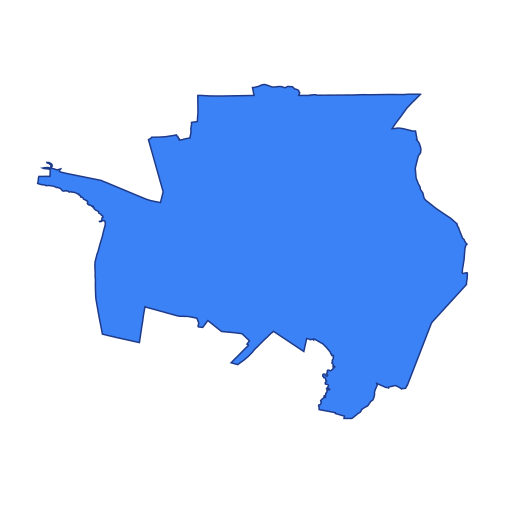 Varvoru De Jos, Dolj, Romania (Equal Earth projection), rotated 355°
{"feature_id": "2599482B75592269034356", "entity_name": "Varvoru De Jos", "entity_type": "district", "adm_level": 2, "iso_a3": "ROU", "parent_name": "Romania", "parent_adm1": "Dolj", "projection": "equal_earth", "projection_center": [23.577, 44.231], "detail": "fine", "context": "isolated", "style": "filled", "palette": "blue", "viewbox_px": 512, "rotation_deg": 355, "n_neighbors": 0, "source": "geoboundaries", "source_scale": "gbopen_adm2", "svg_char_len": 5966}
<svg xmlns="http://www.w3.org/2000/svg" viewBox="0 0 512 512"><g transform="rotate(355 256 256)"><path d="M132.3,332.1L136.0,316.6L137.3,311.6L138.7,305.3L141.0,296.8L142.5,297.6L172.6,308.8L174.9,309.4L183.2,310.3L191.6,312.8L192.2,314.5L193.1,317.6L192.9,318.6L192.1,320.8L192.5,321.6L196.7,322.5L202.4,316.1L215.1,328.2L229.2,330.8L234.9,332.1L235.4,332.3L242.1,339.9L239.3,343.0L240.7,344.1L240.7,344.4L236.6,347.7L228.1,355.0L225.8,356.8L221.9,360.2L228.3,362.6L235.3,358.4L239.6,355.3L243.6,351.9L247.5,348.0L249.1,346.9L251.2,345.0L257.8,339.5L259.7,338.1L263.6,334.8L265.0,333.8L265.3,333.8L266.8,332.5L295.3,355.3L299.3,342.6L301.3,343.3L303.1,344.2L303.9,343.9L305.1,343.9L305.5,344.1L305.9,344.5L305.9,343.9L306.6,343.6L315.0,349.4L317.2,352.1L317.5,352.2L321.7,358.3L321.9,359.5L322.4,359.9L322.6,360.3L322.4,360.8L322.7,361.1L323.0,361.8L323.9,361.7L324.4,361.9L324.5,362.5L324.0,363.4L324.2,364.6L323.9,365.3L322.8,366.6L323.0,368.1L322.3,368.9L322.3,369.3L323.5,370.6L323.1,372.6L323.2,372.9L323.6,373.0L324.5,372.6L324.8,372.9L324.7,373.5L324.5,373.9L323.3,374.1L322.9,374.4L322.9,375.1L322.6,375.5L321.3,376.2L320.3,376.9L319.9,377.0L319.0,376.2L318.3,376.0L317.5,376.0L317.2,376.3L316.9,377.0L317.2,378.1L316.1,379.0L315.9,379.5L316.0,379.8L317.1,380.8L317.0,381.2L316.7,381.8L316.3,381.9L315.4,381.7L315.0,381.2L314.1,379.8L313.8,379.6L312.9,379.5L312.2,380.1L312.0,381.5L312.5,381.8L313.0,383.2L313.8,383.1L314.2,383.4L314.7,384.8L314.9,385.0L314.7,386.3L315.4,386.7L315.4,387.1L315.2,387.3L313.9,388.2L313.9,389.4L314.4,389.8L316.1,390.1L316.5,390.4L316.7,390.7L316.7,392.1L316.6,392.4L315.8,392.9L314.9,394.2L317.1,394.4L317.6,394.9L317.8,395.4L317.5,395.6L316.6,395.6L315.8,395.2L315.0,395.6L314.9,396.0L315.1,397.0L314.2,398.5L313.5,398.9L313.4,400.6L313.2,400.8L311.6,401.3L311.5,401.6L311.8,401.9L313.0,402.3L313.0,402.8L312.6,403.0L311.4,403.0L311.0,403.2L309.1,404.5L307.8,405.7L307.7,406.2L308.3,407.4L307.8,408.6L306.9,409.7L305.6,409.9L305.3,410.3L305.6,412.2L305.5,414.5L321.4,419.0L321.3,419.8L321.5,419.9L328.5,422.6L330.1,423.1L329.5,425.5L337.3,426.2L342.1,423.1L343.2,422.2L346.3,420.6L346.9,419.9L347.5,418.7L348.2,418.0L350.9,416.4L354.1,415.1L356.9,411.9L357.3,411.1L359.6,409.8L360.6,408.4L361.8,405.3L362.1,403.6L362.1,402.5L362.3,401.6L363.2,399.5L365.7,394.8L365.2,394.1L365.1,393.4L373.8,398.2L376.1,398.7L376.4,398.9L376.4,398.5L376.5,398.4L377.7,397.9L380.8,397.6L381.5,397.3L383.7,397.3L385.5,398.2L387.7,399.7L389.5,401.2L390.0,400.8L392.8,400.9L393.6,400.7L394.4,399.4L395.0,398.1L395.4,398.2L424.7,338.6L425.8,337.1L463.2,302.7L463.3,301.3L464.5,296.2L465.0,292.3L465.1,291.5L465.0,291.3L464.5,291.0L461.0,291.4L460.2,291.3L460.0,291.0L460.0,290.7L460.5,287.4L463.0,277.6L464.5,268.4L464.9,266.4L466.1,263.4L466.4,263.1L467.2,262.8L467.2,262.5L466.5,261.7L465.2,259.5L465.0,258.4L464.4,257.4L463.5,256.5L463.2,255.8L460.8,247.8L460.3,245.5L459.6,244.3L459.5,243.7L459.1,243.4L459.2,241.7L453.6,235.7L439.8,224.6L429.8,215.1L428.7,213.4L428.3,211.9L427.7,207.7L425.5,203.8L425.5,201.6L424.0,198.2L422.3,192.3L422.3,182.4L426.3,170.7L427.3,169.4L428.2,168.5L429.0,167.2L429.6,164.2L429.4,161.9L428.5,158.1L427.6,156.2L426.0,154.2L426.6,153.9L425.8,145.4L423.1,145.2L413.5,141.9L409.5,141.0L408.1,140.9L404.5,141.1L402.6,141.0L407.2,135.4L411.7,130.5L419.3,121.7L424.3,117.3L433.9,109.3L433.4,109.1L428.6,108.7L421.8,108.1L417.7,108.1L402.8,106.7L384.9,105.4L375.1,104.5L368.5,104.2L331.0,101.2L330.4,101.1L330.1,100.8L329.6,100.6L327.9,100.4L323.9,100.4L323.8,100.8L323.3,100.7L317.6,100.2L311.9,99.7L312.6,99.4L312.9,99.0L313.5,97.9L313.8,97.0L313.0,95.9L312.9,94.7L310.2,93.2L308.9,92.9L308.5,92.5L308.2,91.7L307.0,90.6L306.0,90.3L305.0,90.4L303.4,89.9L302.7,89.9L302.1,89.9L300.2,90.8L299.2,90.8L298.1,90.4L296.4,89.5L292.9,89.1L289.5,89.3L287.2,89.1L285.6,88.5L281.8,86.7L279.1,85.8L276.5,86.1L272.8,87.4L271.0,87.5L269.1,88.0L267.2,87.8L268.0,95.9L235.0,93.6L223.6,92.5L214.9,91.2L212.0,91.0L210.7,108.0L209.8,113.2L209.3,116.9L203.4,117.3L203.2,119.6L202.2,123.2L202.0,127.0L201.4,129.5L200.7,131.2L200.7,132.6L195.9,133.1L192.4,133.7L189.7,133.9L189.6,133.4L189.8,132.6L188.9,131.7L188.8,130.7L188.0,130.1L187.7,129.1L187.4,128.6L187.0,128.3L186.4,128.6L176.0,129.3L169.5,129.1L162.4,128.6L161.2,129.8L159.0,130.7L169.1,183.9L165.5,194.4L161.0,193.2L155.8,191.6L151.5,189.8L145.3,186.6L111.6,168.9L111.1,168.8L108.6,167.3L75.0,157.4L68.8,155.4L67.6,154.6L67.5,154.3L68.0,153.1L69.0,152.4L69.1,152.2L65.5,152.9L60.5,150.9L59.5,150.7L59.8,149.8L60.9,148.6L60.4,148.1L60.7,147.4L60.7,147.0L59.7,145.9L58.9,145.5L57.9,144.8L56.4,144.7L55.9,144.5L55.8,144.8L56.0,145.0L58.0,146.0L59.4,147.3L59.7,148.2L59.6,148.6L58.6,150.4L58.1,150.5L56.7,149.7L53.1,149.6L51.2,149.8L52.7,150.5L54.3,150.7L57.0,151.3L58.3,152.0L58.5,152.6L57.7,158.7L46.7,157.8L46.2,158.9L45.5,162.4L44.8,164.7L47.1,165.7L49.2,166.4L51.2,166.6L52.9,167.6L55.7,167.7L60.5,168.8L63.3,170.4L64.3,170.4L66.8,171.6L67.5,172.2L68.7,174.0L69.5,174.5L71.0,174.6L72.4,174.3L73.0,174.8L74.2,174.8L74.7,175.5L75.5,176.0L76.0,176.0L77.1,175.7L78.2,176.4L79.3,176.4L80.6,176.9L81.8,177.2L83.7,178.6L84.7,178.6L84.9,179.7L86.0,180.4L86.6,181.1L86.4,181.8L86.6,182.0L87.0,182.2L88.1,182.3L88.4,182.6L89.2,184.4L90.0,184.7L91.7,186.0L92.2,185.9L92.5,186.1L92.7,186.8L93.2,187.4L92.6,188.6L92.8,189.6L94.1,190.1L94.1,190.7L94.8,190.8L96.3,191.4L96.5,192.0L98.2,192.2L98.3,192.4L97.6,192.6L97.6,192.8L98.2,193.6L98.7,193.7L98.8,194.8L100.5,196.5L101.6,197.0L103.1,198.2L103.1,199.4L105.0,200.8L105.3,201.1L105.4,201.7L106.7,202.6L106.8,203.6L107.0,203.9L106.6,204.3L106.2,204.3L105.9,204.8L105.3,207.2L104.8,207.5L103.1,207.9L103.2,208.2L104.5,208.2L107.2,207.3L107.7,207.4L108.7,208.9L108.7,210.7L108.3,212.5L106.2,218.2L104.6,223.2L101.5,230.9L98.9,238.1L97.9,240.0L95.2,247.7L94.6,252.0L94.3,259.2L93.9,263.1L94.0,265.7L93.4,271.1L92.8,281.8L92.8,285.0L94.2,301.4L96.2,320.5L109.2,324.8L132.3,332.1Z" fill="#3b82f6" stroke="#1e3a8a" stroke-width="1.5"/></g></svg>